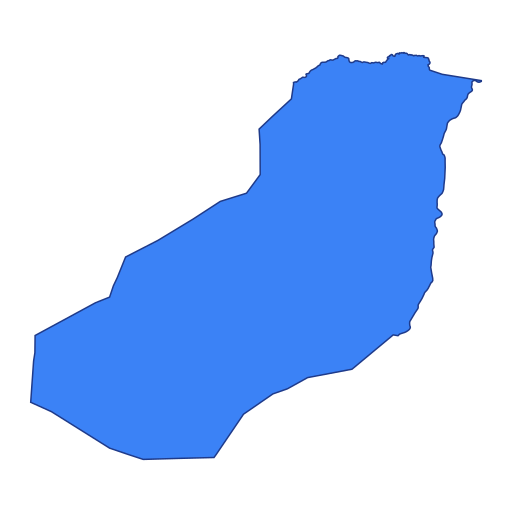 Gurvanzagal, Dornod, Mongolia (Robinson projection)
{"feature_id": "93677404B26424401044934", "entity_name": "Gurvanzagal", "entity_type": "district", "adm_level": 2, "iso_a3": "MNG", "parent_name": "Mongolia", "parent_adm1": "Dornod", "projection": "robinson", "projection_center": [115.314, 49.24], "detail": "fine", "context": "isolated", "style": "filled", "palette": "blue", "viewbox_px": 512, "rotation_deg": 0, "n_neighbors": 0, "source": "geoboundaries", "source_scale": "gbopen_adm2", "svg_char_len": 5735}
<svg xmlns="http://www.w3.org/2000/svg" viewBox="0 0 512 512"><path d="M481.3,80.6L442.2,74.3L429.9,70.2L429.5,69.7L429.3,69.0L429.3,68.4L429.3,67.8L429.2,67.4L428.2,66.2L428.3,65.7L428.1,65.3L428.0,65.0L428.0,64.8L428.2,64.6L429.2,64.2L429.8,63.5L429.9,63.1L430.0,62.2L429.8,61.9L429.3,61.3L429.1,60.9L429.1,60.5L429.1,60.0L428.6,59.6L428.6,59.4L428.5,58.4L428.4,58.2L427.3,57.7L426.3,57.6L425.2,57.5L424.9,57.5L423.8,57.3L423.7,57.2L423.7,56.9L424.0,56.6L424.1,56.0L424.0,55.9L423.5,55.7L422.7,55.7L422.2,55.7L421.7,55.8L420.8,55.8L420.4,56.0L420.0,56.0L419.6,55.7L419.4,55.6L418.9,55.6L418.7,55.6L417.9,56.0L417.4,55.9L417.2,55.8L416.9,55.6L416.6,55.4L416.1,55.3L415.8,55.4L414.7,55.4L414.2,55.5L413.9,55.8L413.6,55.7L413.3,55.5L413.0,55.5L412.2,55.0L411.7,54.8L411.3,55.1L411.0,55.1L410.4,54.7L409.4,54.6L408.8,54.9L408.3,54.9L407.6,54.2L407.4,53.9L406.8,53.4L406.5,53.3L406.1,53.2L405.4,53.3L405.0,53.3L404.9,53.1L404.2,52.6L403.7,52.6L403.4,53.1L403.0,53.0L402.3,52.8L402.0,52.7L401.7,52.7L401.3,53.0L400.7,53.0L399.9,52.9L399.5,52.9L399.4,53.0L399.4,53.4L399.4,53.7L399.4,53.8L399.1,54.0L398.8,54.0L398.4,53.5L398.2,53.5L397.6,53.4L397.0,53.6L395.9,54.0L395.7,54.2L395.3,54.8L395.0,55.4L395.1,55.6L395.0,55.9L394.9,56.2L394.7,56.3L394.1,56.3L392.7,55.6L392.6,55.1L392.5,54.9L392.4,54.8L392.0,54.6L391.4,54.5L391.1,54.6L390.9,54.9L390.4,55.5L390.2,55.5L389.9,55.5L389.6,55.6L389.4,55.8L389.5,56.3L389.4,56.5L389.1,56.6L388.0,56.9L387.6,57.3L387.4,57.6L387.4,57.9L387.5,58.1L388.0,58.6L388.4,58.8L387.6,59.2L386.9,60.4L386.1,61.3L385.8,61.9L385.4,62.3L385.0,62.4L384.1,62.3L383.8,62.3L383.1,62.6L382.7,62.8L382.6,63.2L382.5,63.4L382.6,63.6L382.5,63.8L382.4,64.0L382.0,64.0L381.4,63.7L381.0,63.7L380.3,63.3L380.1,63.0L379.7,62.5L379.4,62.3L378.9,62.3L378.0,62.6L377.4,62.6L377.1,62.5L376.7,62.4L375.9,62.3L375.3,62.3L373.7,62.9L372.1,62.7L371.6,62.7L370.5,63.4L370.1,63.4L369.2,63.2L368.0,62.6L367.6,62.5L366.2,62.3L364.7,62.0L363.8,61.9L362.4,62.5L361.7,62.3L360.2,61.5L359.8,61.4L358.7,61.4L358.3,61.2L358.0,60.9L357.0,60.8L356.3,60.9L355.7,60.8L355.3,60.8L354.9,61.0L353.7,62.0L352.9,62.4L351.8,62.5L351.1,62.6L350.6,62.5L350.1,62.3L349.7,62.0L349.4,61.6L348.8,60.0L348.8,59.8L348.9,59.1L348.7,58.6L348.5,58.3L348.1,58.0L346.9,57.6L345.0,57.3L344.1,56.7L343.3,56.0L342.9,55.9L341.8,55.6L341.0,55.4L340.6,55.3L339.7,55.2L339.4,55.3L338.7,55.8L338.1,56.4L337.9,56.7L338.0,57.1L337.9,57.6L337.7,57.9L337.6,58.3L337.3,58.4L336.3,58.5L336.0,58.5L335.4,58.9L334.8,59.1L333.2,60.0L332.7,60.1L332.3,60.1L330.4,59.8L330.0,59.9L329.1,60.6L328.0,60.7L327.1,61.3L326.4,61.8L325.9,62.0L325.2,62.2L322.2,62.3L321.6,62.5L320.9,63.0L320.5,63.6L320.1,64.3L320.1,64.6L319.9,65.0L318.6,65.6L317.7,66.2L317.2,66.8L316.1,67.6L315.7,68.1L314.4,68.6L313.6,69.2L313.0,69.5L312.1,69.8L311.2,70.3L310.7,70.7L310.4,71.0L309.9,71.6L309.5,72.2L309.3,72.5L309.0,73.2L308.9,73.3L308.4,73.5L306.3,73.9L306.1,74.1L306.0,74.4L306.1,74.8L306.4,75.2L306.5,75.7L306.5,76.2L306.4,76.4L305.7,77.1L305.0,77.4L304.4,77.4L303.9,77.4L303.2,77.2L302.9,77.2L302.5,77.3L302.0,77.7L300.4,78.8L299.5,79.1L299.1,79.3L298.8,79.6L298.7,79.9L298.4,80.3L298.2,80.5L298.0,80.9L297.4,81.5L296.9,81.6L296.7,81.8L296.4,82.1L296.2,82.1L295.5,81.9L294.9,82.0L293.5,82.5L293.6,84.0L291.4,98.9L272.1,116.7L259.1,129.1L260.1,144.6L260.2,174.6L246.5,193.2L220.3,201.4L192.9,219.2L157.9,240.4L125.6,257.0L117.3,277.6L113.4,285.8L109.6,297.1L95.6,302.7L35.1,335.5L34.9,352.7L33.6,361.0L30.7,402.3L51.5,411.7L109.7,448.2L127.4,454.2L143.2,459.4L181.8,458.3L214.0,457.5L215.9,454.9L243.5,414.2L272.9,393.9L287.4,388.8L307.6,377.6L352.0,369.2L393.2,334.9L398.0,335.7L399.5,334.2L401.3,333.5L404.5,332.5L405.9,331.9L407.7,330.8L409.4,329.4L410.3,327.8L410.2,326.6L409.8,325.6L409.6,323.7L409.7,321.7L415.0,312.8L417.6,309.0L418.1,308.0L418.2,306.8L418.1,305.8L418.2,305.0L418.4,304.4L421.3,299.7L422.1,298.3L424.0,294.3L424.4,293.1L425.0,292.2L427.0,290.1L427.5,289.3L427.9,288.8L428.1,288.4L428.5,287.8L428.9,286.8L429.5,285.8L430.2,284.2L430.7,283.4L431.0,282.8L431.8,282.2L432.3,281.5L432.8,280.5L432.7,278.2L432.4,276.7L431.7,273.2L430.7,267.2L431.0,265.8L431.1,264.8L431.4,260.7L431.9,257.5L433.0,253.1L432.9,251.8L432.5,250.3L432.6,249.4L433.5,248.2L434.1,247.2L433.8,243.9L433.8,241.8L433.6,239.4L433.9,237.5L434.1,237.2L434.4,236.2L434.8,235.5L435.7,234.5L436.4,233.6L436.9,232.6L437.4,231.1L437.2,230.1L436.4,228.0L435.8,227.4L435.1,226.1L435.0,224.0L434.8,222.8L434.7,221.9L435.0,221.0L435.5,220.1L435.9,219.2L437.0,218.3L438.6,217.7L440.0,216.9L440.8,216.3L442.0,214.8L442.0,213.6L441.6,212.7L441.0,211.8L440.2,211.1L437.8,209.0L437.2,208.3L437.0,207.8L437.0,206.9L437.2,205.1L437.2,203.6L437.1,202.9L437.1,200.8L437.2,199.5L437.6,198.0L438.5,196.8L439.8,195.4L442.0,193.4L442.9,191.6L443.6,189.5L443.8,187.3L444.0,184.5L444.7,178.5L445.2,167.5L445.1,162.1L445.1,158.2L444.9,157.1L444.5,156.0L444.3,155.4L444.0,154.9L442.9,154.3L442.4,153.3L441.8,151.6L441.1,150.3L439.8,146.6L439.8,145.9L440.0,145.2L440.4,144.4L441.4,142.7L442.1,140.6L442.5,139.4L443.4,136.5L444.2,133.4L445.2,131.5L445.9,130.2L446.4,129.0L446.6,127.9L446.8,126.6L447.4,123.3L447.8,122.5L448.5,121.7L449.2,120.8L450.3,119.9L451.4,119.3L452.5,118.7L453.9,118.2L454.8,118.0L455.6,117.7L456.3,117.2L457.7,115.9L458.7,114.3L459.8,112.1L460.5,110.3L461.3,106.5L461.7,104.5L461.9,104.0L462.6,103.0L464.0,101.4L464.6,100.4L465.9,99.3L466.5,98.7L467.0,97.9L467.3,97.1L467.6,95.5L467.8,94.7L468.3,93.8L469.5,92.7L471.6,91.3L472.2,90.6L472.4,89.9L472.2,89.0L471.8,88.4L471.5,87.4L471.5,86.6L472.0,84.7L472.0,83.1L471.9,82.2L472.2,81.6L472.7,81.2L473.3,80.8L474.2,80.5L475.0,80.4L475.6,80.6L476.2,81.1L477.1,81.7L478.0,82.1L478.7,82.2L479.8,82.1L481.3,81.4L481.3,80.6Z" fill="#3b82f6" stroke="#1e3a8a" stroke-width="1.5"/></svg>